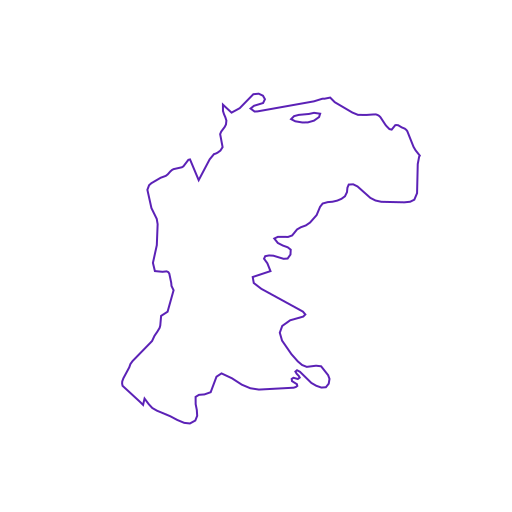 Namangan, Albers equal-area conic projection, rotated 121°
{"feature_id": "UZB-365", "entity_name": "Namangan", "entity_type": "Region", "adm_level": 1, "iso_a3": "UZB", "parent_name": "Uzbekistan", "parent_adm1": "", "projection": "albers", "projection_center": [71.207, 41.083], "detail": "fine", "context": "isolated", "style": "outline", "palette": "violet", "viewbox_px": 512, "rotation_deg": 121, "n_neighbors": 0, "source": "natural_earth", "source_scale": "10m", "svg_char_len": 2716}
<svg xmlns="http://www.w3.org/2000/svg" viewBox="0 0 512 512"><g transform="rotate(121 256 256)"><path d="M85.6,167.3L86.9,167.3L93.9,164.7L119.2,150.3L126.2,149.3L130.1,151.8L133.6,156.5L145.0,176.5L146.9,182.2L147.3,187.9L144.1,204.8L144.5,209.6L147.0,213.3L150.4,212.8L154.4,210.9L159.0,210.5L163.0,212.2L166.7,214.9L170.1,218.4L172.9,222.3L176.7,225.9L180.8,226.4L189.7,225.1L199.5,226.9L204.1,229.0L208.3,232.4L212.1,234.5L219.8,235.6L223.1,238.3L228.3,247.1L231.6,249.3L233.6,244.0L233.2,238.3L232.2,233.3L232.7,229.5L237.0,227.2L241.9,227.6L244.2,230.9L246.8,241.3L248.8,245.1L251.4,248.0L254.2,247.7L256.4,242.5L261.5,235.8L275.7,248.0L280.3,244.0L281.4,234.5L279.5,187.1L280.7,183.6L283.6,184.3L293.5,193.6L302.4,197.5L309.5,196.1L315.1,190.1L321.9,175.1L324.8,165.9L325.7,160.4L324.9,155.4L319.1,148.0L317.0,143.4L321.0,132.8L323.5,129.7L328.0,127.9L332.5,128.5L335.1,132.2L336.2,137.5L336.3,143.2L332.6,158.7L332.8,162.0L334.8,162.7L336.0,160.5L336.8,157.5L337.7,155.9L339.9,156.8L341.1,161.2L343.0,162.1L344.7,160.7L344.8,154.9L346.1,153.7L347.8,154.4L349.5,155.9L369.0,184.7L372.3,192.8L373.6,201.9L373.2,213.6L374.4,225.1L379.8,227.7L396.1,224.7L401.2,228.9L404.4,233.4L407.9,235.2L414.1,231.4L418.5,227.4L423.3,224.1L428.3,223.3L433.6,226.4L436.0,231.6L437.1,239.1L437.5,246.9L439.6,261.2L439.7,266.6L438.3,271.5L435.6,278.1L441.8,276.1L440.7,280.6L436.0,303.5L434.4,305.0L433.5,305.5L432.3,306.1L429.1,306.7L416.7,307.3L413.3,308.0L409.6,307.7L382.4,301.3L376.7,301.9L371.7,301.6L367.2,301.6L364.8,302.3L356.2,306.5L349.3,303.1L327.8,309.0L325.2,313.0L322.6,314.9L315.8,321.2L315.0,322.8L315.2,324.7L317.7,328.0L321.0,334.9L315.0,340.8L297.8,346.6L279.4,356.7L275.3,360.2L268.8,370.3L255.2,383.2L250.4,384.1L247.5,383.2L238.0,378.0L233.8,374.6L231.5,373.7L227.7,373.0L225.5,372.3L224.0,371.4L218.1,365.2L216.5,364.4L208.4,363.5L207.2,362.3L220.5,344.2L197.0,345.5L190.3,344.5L189.0,343.3L187.3,342.2L184.0,340.8L179.9,340.7L170.0,349.5L167.3,349.9L161.5,349.3L158.7,349.5L155.2,351.1L152.9,353.7L150.9,356.5L148.7,359.0L143.3,362.3L143.8,360.0L145.7,350.8L137.7,346.1L118.7,341.6L115.5,337.3L115.0,332.6L117.0,329.1L121.2,328.7L128.3,335.1L132.4,336.6L132.9,331.6L131.2,329.1L93.6,286.0L87.1,280.2L86.5,279.4L86.0,278.4L82.0,274.0L83.6,267.7L83.4,247.3L82.5,241.3L78.3,234.1L74.3,228.4L72.9,226.2L72.5,224.4L72.5,222.6L72.9,220.9L76.9,212.6L77.5,210.9L78.5,207.0L77.8,204.8L72.1,204.0L71.4,203.0L70.7,201.5L70.7,197.3L70.2,194.1L70.5,192.1L71.1,190.6L81.3,177.2L83.2,173.7L85.6,167.3ZM120.6,296.4L120.3,291.7L117.7,285.1L114.8,280.4L110.1,276.0L104.4,273.5L101.0,274.3L103.4,280.0L103.6,280.2L107.0,283.8L113.0,292.0L116.5,295.4L120.6,296.4Z" fill="none" stroke="#5b21b6" stroke-width="2"/></g></svg>